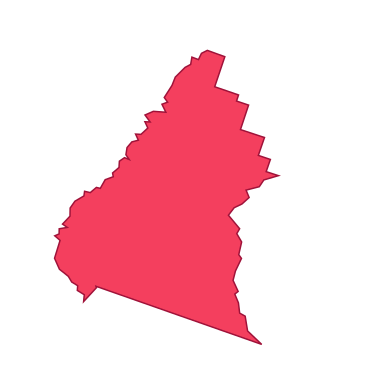 the district of Liberty, Florida, United States of America, rotated 19°
{"feature_id": "52423323B55850003369586", "entity_name": "Liberty", "entity_type": "district", "adm_level": 2, "iso_a3": "USA", "parent_name": "United States of America", "parent_adm1": "Florida", "projection": "orthographic", "projection_center": [-84.918, 30.289], "detail": "fine", "context": "isolated", "style": "filled", "palette": "rose", "viewbox_px": 384, "rotation_deg": 19, "n_neighbors": 0, "source": "geoboundaries", "source_scale": "gbopen_adm2", "svg_char_len": 1187}
<svg xmlns="http://www.w3.org/2000/svg" viewBox="0 0 384 384"><g transform="rotate(19 192 192)"><path d="M268.4,148.4L255.5,148.6L255.5,135.7L242.8,135.8L242.8,116.9L217.5,117.2L217.2,91.4L204.5,91.5L204.4,85.1L179.2,85.1L179.0,53.4L160.4,53.1L155.8,57.8L155.0,64.7L148.0,64.5L149.2,71.8L144.9,76.4L138.8,88.8L138.4,97.7L135.0,111.7L139.7,115.0L135.0,118.8L141.3,125.1L129.2,128.3L122.5,134.5L129.6,139.4L124.6,140.9L129.4,145.9L125.0,154.1L119.8,155.6L124.4,160.5L118.8,164.2L116.1,171.1L117.4,178.3L122.0,181.7L117.0,181.5L113.3,186.5L115.0,192.6L110.7,199.9L112.6,203.2L105.9,208.6L104.1,218.4L100.1,218.8L96.0,225.7L90.2,226.3L91.1,230.9L84.3,238.8L82.0,246.8L84.5,254.6L80.0,264.5L85.6,266.1L78.4,270.0L80.0,274.9L76.5,278.1L83.0,280.7L83.6,299.4L91.8,308.2L102.5,312.0L107.6,316.3L114.4,317.8L115.6,322.4L123.6,324.2L125.2,330.9L132.8,313.6L131.9,312.4L307.5,313.4L289.8,305.3L282.7,292.1L276.5,291.0L272.0,281.7L265.7,274.6L268.0,271.0L259.6,262.2L258.8,252.5L260.4,238.7L256.6,236.0L255.2,223.1L247.9,216.8L249.0,211.2L234.0,202.1L237.0,193.1L243.2,187.0L247.8,178.6L242.5,172.6L253.9,165.1L256.0,157.2L268.4,148.4Z" fill="#f43f5e" stroke="#9f1239" stroke-width="1.5"/></g></svg>